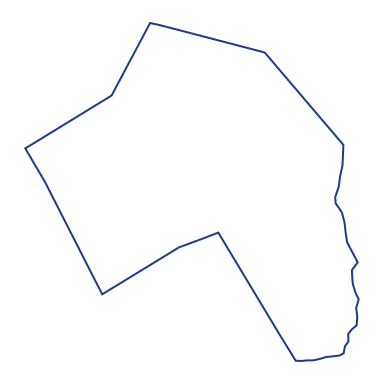 outline of Wall Ferraz, Piauí, Brazil
{"feature_id": "56859067B98259691678439", "entity_name": "Wall Ferraz", "entity_type": "district", "adm_level": 2, "iso_a3": "BRA", "parent_name": "Brazil", "parent_adm1": "Piauí", "projection": "equal_earth", "projection_center": [-41.824, -7.271], "detail": "fine", "context": "isolated", "style": "outline", "palette": "blue", "viewbox_px": 384, "rotation_deg": 0, "n_neighbors": 0, "source": "geoboundaries", "source_scale": "gbopen_adm2", "svg_char_len": 661}
<svg xmlns="http://www.w3.org/2000/svg" viewBox="0 0 384 384"><path d="M102.2,294.3L179.1,247.3L199.8,239.7L218.3,232.6L279.8,334.9L295.7,360.7L301.5,361.0L306.7,360.4L313.1,360.4L320.4,358.8L326.1,357.0L332.4,356.4L339.5,355.5L343.6,353.3L345.0,346.2L348.4,341.6L348.2,333.9L352.1,329.1L356.6,325.4L357.3,317.0L356.2,307.8L358.7,299.3L355.5,292.8L352.8,283.9L352.3,278.0L351.9,270.1L357.7,262.4L347.2,242.4L345.9,234.4L344.5,222.4L342.0,212.8L339.2,208.3L335.7,203.4L335.2,197.3L338.8,186.5L340.0,176.9L342.5,165.5L343.4,144.9L264.7,52.5L159.7,25.1L150.1,23.0L111.6,95.5L25.3,148.4L44.9,181.8L102.2,294.3Z" fill="none" stroke="#1e3a8a" stroke-width="2"/></svg>